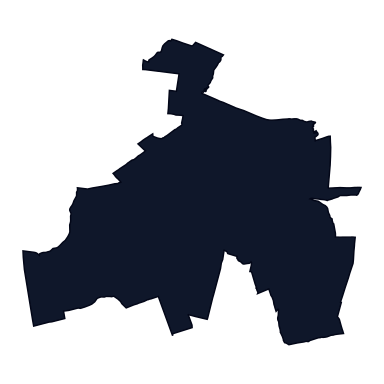 Bira, Neamt, Romania
{"feature_id": "2599482B54289612077221", "entity_name": "Bira", "entity_type": "district", "adm_level": 2, "iso_a3": "ROU", "parent_name": "Romania", "parent_adm1": "Neamt", "projection": "mercator", "projection_center": [27.049, 47.027], "detail": "fine", "context": "isolated", "style": "filled", "palette": "ink", "viewbox_px": 384, "rotation_deg": 0, "n_neighbors": 0, "source": "geoboundaries", "source_scale": "gbopen_adm2", "svg_char_len": 5913}
<svg xmlns="http://www.w3.org/2000/svg" viewBox="0 0 384 384"><path d="M343.5,333.5L342.6,330.5L342.3,329.8L341.1,325.8L339.4,319.6L339.0,318.8L337.4,316.7L341.3,302.4L340.5,302.2L340.8,301.0L341.4,299.3L342.6,295.7L345.2,287.4L348.4,277.8L349.7,273.3L353.0,263.5L353.4,259.9L353.9,251.0L354.4,245.9L354.5,243.8L355.2,237.3L353.1,237.1L339.4,237.2L335.5,237.1L335.4,233.2L333.7,223.9L333.1,223.6L333.0,223.3L332.2,220.6L332.1,219.2L332.0,218.8L330.7,218.0L330.1,217.1L329.9,216.7L329.7,215.4L328.5,212.8L328.3,212.2L327.6,208.5L326.7,207.0L325.2,205.6L322.7,204.4L318.6,201.5L318.0,201.2L313.9,200.5L312.4,199.7L309.9,198.9L310.4,198.5L312.2,198.3L314.9,198.7L318.6,199.0L320.8,199.4L324.3,199.7L326.2,200.1L327.2,200.5L327.7,200.4L328.7,199.7L329.9,199.7L330.9,199.0L331.6,199.2L333.3,198.4L338.0,196.9L339.7,195.7L340.4,195.5L346.9,195.5L350.7,195.0L355.6,195.0L356.6,195.2L357.5,194.7L358.3,193.6L359.1,191.7L360.3,189.4L361.0,187.5L359.2,187.4L354.5,187.5L350.0,187.9L346.7,187.9L340.1,187.6L328.6,188.2L328.2,187.8L330.1,165.3L330.5,156.5L330.7,147.4L330.4,142.3L330.2,136.2L328.7,136.3L327.0,136.8L322.3,138.5L315.8,140.5L315.3,140.8L314.8,137.2L315.6,136.8L317.7,135.0L318.0,134.4L317.9,133.3L317.7,133.0L316.6,131.7L316.1,130.8L315.3,131.3L315.2,131.7L315.2,132.1L315.9,132.7L315.9,132.9L315.0,133.0L314.3,133.3L313.7,133.0L313.6,132.7L314.1,131.7L314.1,131.3L313.9,131.2L313.4,131.3L313.1,131.1L313.0,130.6L313.4,129.4L313.4,128.9L313.2,128.7L312.5,128.5L312.3,127.9L313.2,126.9L312.6,126.7L312.5,126.3L313.4,126.0L313.5,125.7L313.1,124.3L313.4,124.1L314.2,123.9L314.2,123.7L314.2,123.4L315.1,123.1L315.4,122.6L315.4,122.4L315.2,122.2L312.1,121.5L311.4,121.1L309.0,121.4L307.1,122.0L306.0,121.9L303.7,121.2L302.6,120.4L300.3,120.3L297.8,119.1L296.3,118.8L294.3,118.8L291.4,119.1L289.8,118.8L289.0,118.8L287.7,119.0L282.5,119.3L277.3,119.9L271.9,120.2L269.6,120.1L266.5,119.6L262.3,118.2L256.5,116.0L244.3,110.8L235.7,107.9L223.2,102.4L219.9,101.3L217.4,100.1L201.7,93.3L201.9,92.4L202.3,92.0L202.6,91.9L203.3,92.2L203.8,91.7L204.0,91.3L204.5,91.2L204.8,90.8L205.0,90.7L205.2,90.8L205.4,91.4L205.6,91.5L206.0,91.2L206.1,90.7L205.7,90.4L204.6,90.7L204.1,90.5L204.0,90.2L204.9,90.0L204.9,89.8L204.6,89.1L204.6,88.8L204.9,88.8L205.5,89.4L205.8,88.6L206.0,88.5L206.7,89.2L207.0,88.8L207.4,88.4L207.0,87.8L208.5,87.5L208.7,86.9L208.6,86.7L208.0,86.1L208.1,84.9L209.2,83.8L210.2,82.6L210.9,80.7L212.7,77.9L212.6,76.3L212.8,75.4L213.2,74.3L213.4,73.4L213.7,70.3L214.1,69.6L216.0,67.1L217.5,64.8L218.5,62.7L219.7,61.8L220.6,60.5L220.9,59.5L220.9,58.1L221.0,57.3L221.2,57.0L222.3,56.3L223.4,54.9L195.6,42.4L192.7,45.7L191.5,45.9L182.7,43.0L176.8,40.8L171.9,39.3L170.8,40.9L170.4,41.0L169.6,40.6L168.3,40.8L164.6,43.9L162.9,45.9L162.3,47.5L161.6,50.2L161.2,51.3L160.4,52.3L157.9,52.3L157.1,52.8L155.2,55.4L153.9,56.7L151.8,58.2L149.9,59.4L149.0,60.0L148.8,60.9L148.7,62.0L147.8,61.9L145.9,61.3L143.4,59.9L143.3,60.2L143.2,61.8L142.7,65.2L142.8,67.7L142.8,69.5L145.4,69.6L153.4,70.6L179.1,73.8L176.4,91.3L169.4,90.4L168.4,108.7L167.9,113.6L170.7,113.7L174.0,114.3L175.8,115.0L180.2,115.2L183.1,115.6L182.7,118.1L181.6,123.2L182.0,123.9L181.9,124.9L181.6,125.3L177.8,127.8L176.4,129.1L174.9,129.6L166.8,135.7L165.0,136.7L164.2,137.5L163.7,137.8L163.0,137.8L162.2,138.5L161.6,138.6L160.2,138.6L157.6,138.1L153.9,136.7L153.1,136.5L152.9,135.9L152.7,133.9L147.9,137.0L147.5,137.4L145.7,138.4L142.9,140.3L141.2,141.7L138.0,143.9L144.3,149.9L145.5,150.8L143.6,152.4L140.0,155.0L138.5,155.8L137.3,156.8L136.8,157.4L134.4,159.3L133.7,159.7L132.0,160.1L127.7,163.1L126.1,164.6L119.9,168.6L119.6,168.9L118.2,170.0L117.4,170.4L113.1,173.4L114.9,175.5L115.4,176.4L116.8,177.9L118.2,179.1L120.9,182.1L120.9,182.3L119.2,182.7L118.6,183.0L118.1,183.5L114.6,183.8L108.5,185.2L102.0,186.4L92.4,188.0L88.3,188.9L88.0,189.1L77.4,187.8L77.5,188.7L77.5,190.0L77.4,190.8L76.6,192.2L76.6,195.1L76.5,196.1L76.2,196.7L73.9,200.9L73.0,203.6L72.0,205.5L70.8,207.1L69.9,208.8L69.7,210.0L69.9,210.8L71.0,213.2L71.1,214.1L70.6,216.1L70.7,220.3L70.6,221.8L69.7,225.0L69.9,231.5L69.7,232.5L69.2,234.0L67.8,236.7L65.3,240.4L62.8,242.4L59.9,245.5L58.0,247.2L56.6,247.9L53.0,248.5L50.6,250.8L49.6,251.4L47.9,251.8L46.0,252.4L43.2,252.5L41.7,252.9L39.8,253.7L39.4,254.6L39.4,255.3L37.4,253.6L35.8,252.7L33.9,252.3L23.0,250.9L23.3,257.4L24.4,269.5L32.7,320.5L33.7,326.1L48.9,322.1L51.8,321.8L64.8,318.5L63.5,311.1L68.8,310.4L78.1,308.0L80.5,308.3L84.7,307.0L89.2,305.3L91.8,304.1L94.7,301.8L97.1,298.4L98.7,297.7L101.0,296.9L104.5,297.0L105.8,296.5L106.6,296.4L110.5,296.5L111.4,296.7L113.8,296.2L117.9,299.0L120.6,301.5L121.9,303.7L126.2,307.9L133.9,304.8L137.6,303.7L138.2,303.3L144.0,301.4L147.5,299.7L148.4,299.6L149.5,299.1L150.8,298.9L158.3,296.4L172.6,335.7L172.8,333.7L192.1,327.6L192.0,325.1L188.2,314.7L188.3,314.6L195.4,316.5L207.2,319.3L207.6,318.2L212.7,297.6L213.5,294.9L220.5,268.6L221.3,263.1L222.7,259.5L224.1,250.2L224.6,250.3L227.0,251.8L227.4,252.4L227.6,253.3L227.9,253.6L237.1,256.4L236.9,257.7L237.0,258.5L238.0,259.6L238.1,260.3L238.6,260.8L240.1,261.5L241.2,262.2L242.5,263.6L243.3,264.0L244.2,264.0L247.2,263.5L249.2,263.3L250.0,262.8L251.0,261.8L251.5,262.5L251.3,265.4L249.9,271.5L251.2,271.6L251.8,272.6L255.1,283.8L256.5,287.7L256.1,287.7L256.0,288.1L256.6,288.9L257.1,290.6L257.8,291.8L257.9,292.7L257.6,293.6L268.8,288.9L270.7,294.5L270.9,295.3L272.1,297.1L273.4,300.6L274.0,304.4L274.6,306.2L275.0,307.8L276.1,311.3L277.9,309.2L278.5,309.3L278.3,315.1L277.7,318.0L277.8,319.5L278.1,320.6L278.7,321.6L279.1,325.9L280.1,329.4L280.4,331.5L280.3,332.2L280.6,332.7L282.4,336.5L283.3,339.2L283.4,340.3L284.3,342.1L284.7,342.7L286.3,343.1L288.9,344.7L297.4,342.9L303.9,341.9L306.1,341.3L308.2,341.6L308.8,341.4L309.6,340.6L318.2,337.8L320.4,337.6L321.9,337.1L322.9,337.4L325.4,337.1L327.0,336.8L329.2,336.0L330.8,335.3L333.6,335.0L334.6,334.6L337.1,334.2L343.5,333.5Z" fill="#0f172a" stroke="#020617" stroke-width="1.5"/></svg>